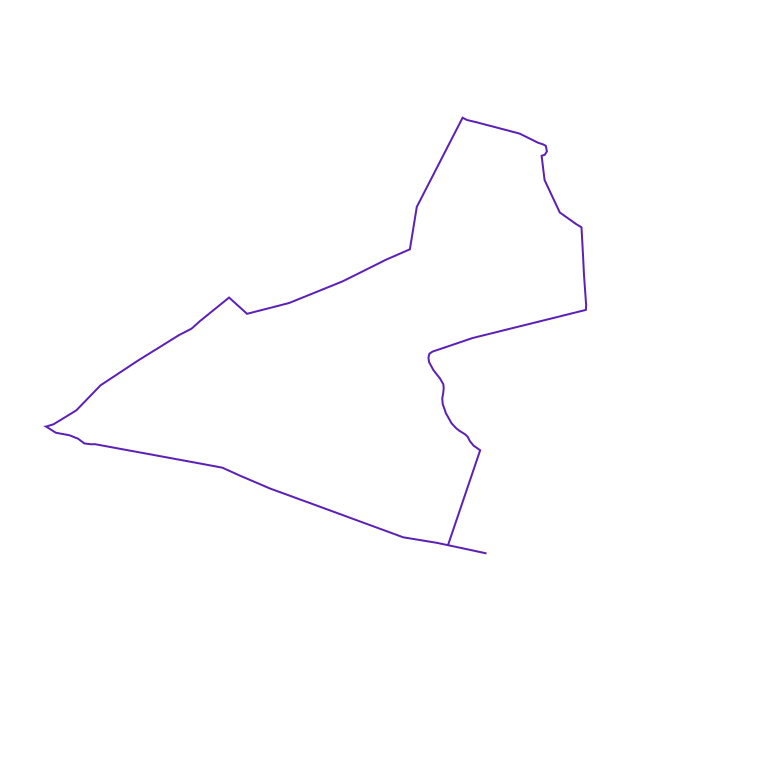 the district of Al Mafaza, Gedarif, Sudan, rotated 318°
{"feature_id": "16777658B27903182599838", "entity_name": "Al Mafaza", "entity_type": "district", "adm_level": 2, "iso_a3": "SDN", "parent_name": "Sudan", "parent_adm1": "Gedarif", "projection": "equal_earth", "projection_center": [34.504, 13.606], "detail": "fine", "context": "isolated", "style": "outline", "palette": "violet", "viewbox_px": 768, "rotation_deg": 318, "n_neighbors": 0, "source": "geoboundaries", "source_scale": "gbopen_adm2", "svg_char_len": 1054}
<svg xmlns="http://www.w3.org/2000/svg" viewBox="0 0 768 768"><g transform="rotate(318 384 384)"><path d="M346.8,578.5L323.7,546.6L411.1,497.6L410.2,493.3L409.3,489.9L409.6,483.9L410.9,479.1L410.5,475.2L408.7,469.2L408.0,464.7L407.9,458.5L410.5,446.9L412.1,443.4L414.0,438.5L417.6,433.7L422.6,429.8L425.7,426.9L427.9,423.9L429.3,417.4L430.0,406.8L432.1,398.0L434.7,394.1L438.0,391.9L441.8,392.4L480.6,409.1L583.6,464.0L586.8,460.9L605.5,436.9L617.8,421.8L635.6,399.7L633.8,393.8L629.4,374.2L639.8,339.9L653.8,319.9L656.9,321.2L660.8,320.1L663.6,315.2L662.4,312.0L660.0,308.0L652.3,288.6L627.2,250.4L622.4,243.5L620.6,238.7L526.9,274.3L493.4,301.2L468.4,292.9L421.9,280.0L367.7,260.3L329.2,240.2L326.7,216.1L289.4,214.1L278.1,214.1L264.5,210.5L217.0,202.0L172.6,195.3L137.7,197.7L111.5,192.8L104.7,189.7L104.4,189.5L107.5,200.6L112.0,206.5L115.9,211.5L120.1,220.1L121.5,227.6L125.9,232.7L129.0,235.4L207.8,337.9L215.7,355.9L229.4,385.5L244.9,414.7L295.7,510.8L317.3,537.8L323.7,546.6L346.8,578.5Z" fill="none" stroke="#5b21b6" stroke-width="2"/></g></svg>